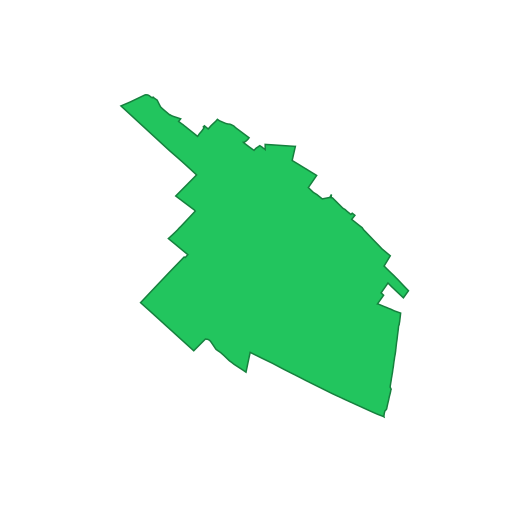 Deveselu, Olt, Romania (Natural Earth projection), rotated 33°
{"feature_id": "2599482B83745956221005", "entity_name": "Deveselu", "entity_type": "district", "adm_level": 2, "iso_a3": "ROU", "parent_name": "Romania", "parent_adm1": "Olt", "projection": "natural_earth1", "projection_center": [24.397, 44.055], "detail": "fine", "context": "isolated", "style": "filled", "palette": "green", "viewbox_px": 512, "rotation_deg": 33, "n_neighbors": 0, "source": "geoboundaries", "source_scale": "gbopen_adm2", "svg_char_len": 3781}
<svg xmlns="http://www.w3.org/2000/svg" viewBox="0 0 512 512"><g transform="rotate(33 256 256)"><path d="M310.9,358.9L310.8,358.6L310.6,358.2L310.1,356.8L307.0,348.9L303.6,340.0L316.6,338.5L328.4,337.0L341.0,335.9L359.1,333.9L365.4,333.3L394.9,329.9L410.4,327.7L439.6,323.3L443.9,322.6L449.9,321.3L451.0,321.2L450.7,320.9L450.2,320.1L449.7,319.0L449.2,317.9L448.9,317.0L448.5,316.0L448.5,315.7L448.7,315.1L448.9,313.3L448.8,313.0L447.7,310.2L446.6,307.2L445.6,304.4L444.4,301.3L443.9,299.8L443.2,297.7L442.5,295.9L442.0,294.8L442.0,294.4L441.9,294.1L439.9,292.9L439.1,291.3L438.7,290.3L438.3,289.5L436.9,286.2L436.2,284.8L435.6,283.3L434.7,281.3L434.2,280.1L433.9,279.4L433.2,277.9L432.7,276.9L431.8,274.8L431.4,273.9L430.2,271.5L429.2,269.4L428.2,267.1L427.5,265.7L426.1,262.3L424.8,259.5L424.3,258.6L424.1,258.3L423.9,257.7L423.5,257.0L423.1,256.2L422.5,255.0L421.8,253.6L421.0,252.0L419.7,249.1L418.7,247.1L417.8,245.3L415.3,240.1L413.7,237.0L413.6,236.4L413.5,236.1L413.5,235.7L413.2,235.1L412.6,233.8L412.3,233.0L409.9,228.1L409.4,227.1L408.4,225.1L405.1,225.9L401.8,226.7L397.9,227.2L395.7,227.7L393.3,228.1L391.5,228.5L389.3,228.9L387.1,229.3L385.4,229.6L384.4,229.8L384.0,230.0L384.0,228.9L384.1,226.6L384.2,224.2L384.4,219.4L381.0,218.8L381.4,206.8L387.0,208.0L402.4,210.8L402.8,202.1L397.2,200.8L391.8,199.5L388.1,198.6L384.3,197.8L382.2,197.3L381.1,197.1L380.5,197.0L378.9,196.7L377.6,196.5L376.9,196.3L375.6,196.1L374.4,195.8L373.3,195.6L372.2,195.4L371.7,195.2L371.2,195.2L370.6,195.0L370.1,194.9L368.9,194.7L368.5,182.7L363.3,182.1L357.7,181.4L355.3,180.8L347.4,179.0L344.8,178.4L343.6,178.1L331.9,175.4L329.6,174.4L325.7,174.1L316.3,173.2L316.8,168.0L313.4,167.7L312.9,169.5L310.6,169.2L308.3,169.0L305.5,168.5L302.7,168.6L295.6,167.1L288.5,165.6L287.2,166.2L286.1,163.9L285.8,163.9L286.0,166.7L280.5,172.0L276.3,171.6L273.6,171.3L270.6,171.4L269.4,171.4L264.1,170.4L262.6,170.1L263.0,155.4L234.3,156.2L229.3,142.6L228.7,143.0L206.8,155.2L203.3,157.2L202.9,157.4L205.7,161.7L205.1,161.6L203.3,161.6L201.9,161.4L200.0,161.4L199.1,161.4L198.7,162.3L198.1,163.8L197.4,165.3L197.2,166.0L196.8,168.5L190.6,168.2L186.8,167.9L184.9,167.8L183.6,167.5L184.0,167.2L184.3,166.7L184.9,165.5L185.4,163.7L185.7,162.2L185.7,161.6L185.8,160.6L173.7,159.8L170.1,159.6L167.8,159.3L167.1,159.1L166.1,159.1L165.0,159.2L163.3,159.4L162.2,159.7L160.5,160.6L158.5,161.3L156.3,161.7L153.9,162.1L151.6,162.5L149.2,162.4L148.9,164.7L147.8,169.1L147.3,171.3L146.7,175.5L141.8,174.9L141.5,176.4L142.6,176.6L142.6,177.7L142.5,179.7L142.5,180.0L142.4,181.1L142.1,183.4L142.0,183.6L141.9,185.7L141.9,187.5L138.1,187.1L128.8,186.2L127.1,186.0L125.6,185.9L124.5,185.8L124.0,185.7L123.1,185.6L121.7,185.6L117.8,185.3L118.1,182.0L114.9,182.8L110.8,183.9L108.8,184.3L106.7,184.4L106.6,184.7L104.1,184.3L102.5,184.1L100.1,183.8L97.2,183.4L95.1,183.0L94.7,182.9L93.3,182.1L91.9,181.3L88.2,179.1L87.4,179.1L83.8,179.0L83.7,179.0L83.6,178.8L83.4,178.8L83.5,179.0L82.9,179.7L82.7,179.8L81.1,179.9L80.4,179.8L79.1,179.7L77.9,179.8L77.0,180.1L76.0,180.7L75.5,181.0L75.0,181.6L74.4,182.6L66.7,195.2L61.0,203.7L126.4,214.8L135.7,216.1L141.9,217.0L150.5,218.4L157.1,219.5L162.0,220.4L157.7,241.2L156.0,249.4L167.2,250.2L173.2,250.6L179.3,251.0L180.6,251.5L176.8,272.5L176.4,274.0L176.0,276.9L174.3,284.2L174.2,284.5L173.0,289.1L198.1,292.0L197.5,295.8L196.5,295.9L196.3,296.0L196.2,296.2L196.2,296.3L192.0,317.8L191.5,320.5L187.1,344.3L184.6,358.0L194.9,359.6L255.4,369.4L258.8,353.2L260.1,352.6L261.1,352.1L263.2,352.0L265.3,352.7L267.7,353.7L270.3,354.8L272.6,355.8L273.4,356.1L275.9,356.2L277.6,356.2L279.3,356.3L281.1,356.6L283.2,356.9L286.3,357.5L289.8,358.2L291.0,358.4L293.6,358.5L296.6,358.8L299.7,358.8L304.6,358.8L307.0,358.8L310.9,358.9Z" fill="#22c55e" stroke="#15803d" stroke-width="1.5"/></g></svg>